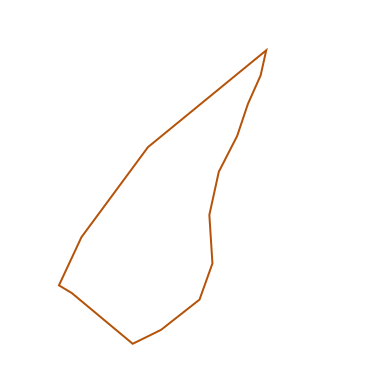 an SVG outline of Liechtenstein, rotated 34°
{"feature_id": "LIE", "entity_name": "Liechtenstein", "entity_type": "country or territory", "adm_level": 0, "iso_a3": "LIE", "parent_name": "Europe", "parent_adm1": "", "projection": "mercator", "projection_center": [9.547, 47.164], "detail": "fine", "context": "isolated", "style": "outline", "palette": "amber", "viewbox_px": 384, "rotation_deg": 34, "n_neighbors": 0, "source": "natural_earth", "source_scale": "50m", "svg_char_len": 342}
<svg xmlns="http://www.w3.org/2000/svg" viewBox="0 0 384 384"><g transform="rotate(34 192 192)"><path d="M227.7,351.0L148.8,343.0L133.9,343.8L125.6,291.3L130.4,179.4L174.3,33.0L183.7,57.0L189.1,87.7L198.1,120.3L202.9,160.2L219.2,201.3L248.9,239.8L258.4,277.0L243.4,323.6L227.7,351.0Z" fill="none" stroke="#b45309" stroke-width="2"/></g></svg>